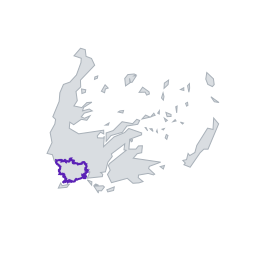 Ipeiroy, Ipeiros, Greece (highlighted), rotated 297°
{"feature_id": "26713481B784345685192", "entity_name": "Ipeiroy", "entity_type": "district", "adm_level": 2, "iso_a3": "GRC", "parent_name": "Greece", "parent_adm1": "Ipeiros", "projection": "robinson", "projection_center": [20.637, 39.661], "detail": "fine", "context": "in_parent", "style": "outline", "palette": "violet", "viewbox_px": 256, "rotation_deg": 297, "n_neighbors": 0, "source": "geoboundaries", "source_scale": "gbopen_adm2", "svg_char_len": 8250}
<svg xmlns="http://www.w3.org/2000/svg" viewBox="0 0 256 256"><g transform="rotate(297 128 128)"><path d="M167.8,47.1L177.5,49.5L178.4,54.3L172.8,58.1L173.4,63.9L168.8,69.8L149.1,63.9L143.1,67.2L136.9,65.1L129.3,70.4L123.1,69.8L125.2,77.6L132.0,79.8L134.6,84.1L126.2,79.1L122.6,79.7L127.3,84.9L127.0,88.4L121.4,82.3L116.7,81.3L116.9,84.8L121.6,88.6L116.2,87.8L114.5,82.4L106.3,78.1L106.8,73.5L101.1,75.8L100.4,86.7L115.0,107.3L111.7,109.1L111.8,105.4L107.0,104.2L105.4,105.3L106.4,107.5L108.0,110.8L109.9,110.6L100.2,114.7L113.7,119.6L122.3,127.0L127.9,128.9L129.8,142.4L128.1,143.2L118.7,134.6L109.6,138.4L112.8,144.6L116.8,145.5L118.7,148.9L112.2,151.4L109.3,147.9L103.5,146.4L112.4,172.6L103.5,164.4L101.3,164.7L99.0,172.7L97.8,172.0L96.7,166.6L90.8,158.7L88.4,159.7L87.1,165.7L84.1,162.7L81.0,157.5L82.8,150.2L71.8,138.1L77.3,130.8L82.3,131.3L85.6,127.6L88.1,127.8L107.3,136.5L106.7,134.3L112.4,132.3L97.4,125.0L95.4,126.9L88.4,125.6L78.7,127.8L75.9,123.8L75.3,126.5L73.0,127.2L64.8,114.5L71.5,114.0L71.7,110.8L65.0,111.3L55.6,103.7L49.7,94.5L54.6,95.3L57.2,92.3L55.8,88.1L62.6,84.8L65.5,77.0L69.9,72.8L68.6,67.4L80.5,66.9L88.6,60.7L98.3,61.0L102.8,59.6L103.9,55.9L120.4,54.6L128.5,51.3L137.5,50.7L142.5,55.4L151.8,58.0L164.9,56.4L168.9,54.7L167.8,47.1ZM126.4,194.5L132.6,193.1L131.5,195.5L136.5,198.7L143.8,197.2L164.0,199.0L165.3,204.4L175.8,199.8L172.8,206.9L145.5,208.9L143.6,205.2L138.7,203.5L121.3,201.2L120.7,194.5L122.8,195.0L124.0,191.6L126.4,194.5ZM113.7,110.8L119.0,116.0L130.9,119.9L134.0,130.2L139.7,131.9L140.0,135.0L135.7,135.0L129.3,126.1L121.6,124.9L113.6,116.3L106.1,114.6L113.7,110.8ZM175.5,103.6L178.9,108.9L179.0,110.8L177.2,109.7L178.3,111.7L170.7,110.9L169.7,109.6L172.9,106.8L169.0,109.2L164.4,106.7L170.7,102.6L175.5,103.6ZM205.8,185.1L203.2,184.4L203.1,179.3L206.9,175.1L213.2,173.0L210.6,181.8L205.8,185.1ZM169.8,130.3L168.0,131.6L165.8,129.7L167.7,127.0L164.8,121.7L171.0,122.5L169.8,130.3ZM60.7,124.1L65.2,132.1L64.7,133.8L60.0,132.9L58.6,129.9L56.6,131.2L60.7,124.1ZM51.2,101.2L47.4,100.5L42.8,93.2L48.3,93.0L46.7,95.5L51.2,101.2ZM156.1,88.0L154.6,92.2L152.5,90.1L148.8,91.1L148.7,87.6L156.1,88.0ZM184.5,140.0L189.1,142.4L184.9,144.0L179.7,142.1L184.5,140.0ZM142.9,73.0L140.4,73.8L137.8,71.3L141.7,68.9L142.9,73.0ZM63.3,137.2L69.3,142.5L65.8,143.5L61.9,139.0L63.3,137.2ZM159.6,160.2L157.8,161.1L155.9,157.7L159.1,154.7L159.6,160.2ZM147.5,137.8L147.7,142.8L142.4,136.4L147.5,137.8ZM193.5,187.7L192.0,197.5L190.6,193.0L193.5,187.7ZM63.7,120.2L60.6,121.5L63.3,115.3L63.7,120.2ZM111.2,177.5L107.5,178.1L108.2,174.2L111.2,177.5ZM187.5,166.0L192.7,161.9L195.4,162.6L191.5,164.8L187.5,166.0ZM168.9,146.8L170.0,144.2L175.2,143.3L172.3,145.8L168.9,146.8ZM153.3,155.9L152.7,159.6L150.8,158.6L153.3,155.9ZM152.9,144.3L151.6,146.4L148.4,143.2L152.9,144.3ZM141.6,116.1L139.0,116.6L137.8,112.0L139.4,112.9L141.6,116.1ZM160.7,77.4L158.5,78.1L156.1,76.1L158.4,75.3L160.7,77.4ZM139.6,165.1L139.5,167.0L135.5,167.7L136.1,165.6L139.6,165.1ZM169.9,161.8L163.6,164.5L168.6,160.9L169.9,161.8ZM136.6,143.9L134.4,146.8L136.2,143.1L136.6,143.9ZM157.7,148.1L154.6,149.5L154.7,147.7L157.7,148.1ZM177.9,169.4L175.4,171.1L174.1,170.3L176.1,168.1L177.9,169.4ZM189.2,159.4L186.8,160.7L186.1,157.3L189.2,159.4ZM138.3,149.7L136.3,151.9L137.3,148.0L138.3,149.7ZM63.5,124.7L63.6,127.8L61.9,124.0L63.5,124.7ZM156.9,166.2L156.1,167.6L154.0,165.2L156.9,166.2ZM123.9,108.8L121.7,109.2L120.3,106.5L123.9,108.8ZM119.7,137.3L118.1,137.8L117.1,137.1L118.4,135.7L119.7,137.3ZM139.3,154.8L137.3,156.3L137.6,155.0L139.3,154.8ZM157.1,172.0L157.6,175.2L156.3,174.8L157.1,172.0ZM144.0,160.6L142.3,160.4L142.4,158.9L144.0,160.6Z" fill="#d9dde1" stroke="#a8b0b8" stroke-width="1"/><path d="M64.9,79.3L64.7,79.4L64.6,79.7L64.7,79.9L64.5,80.1L64.1,80.2L64.0,80.6L63.7,80.9L63.6,81.3L63.9,81.6L63.8,82.1L63.6,82.8L63.3,82.9L63.0,83.2L63.0,83.6L63.3,84.0L63.1,84.2L63.0,84.6L63.0,85.0L63.0,85.3L62.5,85.4L61.9,85.5L61.5,85.8L61.0,86.0L60.5,86.1L59.7,85.6L59.5,86.0L59.3,86.1L59.0,86.0L58.8,85.8L58.5,85.8L58.1,86.1L57.8,86.4L57.8,86.7L57.7,87.0L57.6,87.4L57.5,87.7L57.2,87.7L57.1,87.8L55.8,87.8L56.0,88.2L56.3,88.5L56.5,88.9L56.3,89.4L56.7,89.7L57.0,90.1L57.3,90.2L57.2,90.4L57.4,90.7L57.9,91.4L57.8,91.5L57.8,92.0L57.7,92.3L57.2,92.7L56.5,92.3L55.8,92.0L55.4,92.3L55.7,92.8L55.7,93.0L55.4,93.2L55.5,93.3L55.7,93.7L56.0,93.9L56.0,94.1L55.8,94.2L55.6,94.4L55.3,94.5L55.2,94.7L54.9,94.9L54.9,95.4L54.5,95.2L54.3,95.1L54.2,95.2L54.3,95.3L54.0,95.6L54.2,95.9L54.2,96.0L53.5,96.1L52.7,95.8L52.2,95.8L51.6,95.4L51.5,95.2L51.3,95.2L51.0,95.0L50.5,95.0L50.3,94.8L49.9,95.0L50.1,95.0L50.2,95.3L50.9,95.2L51.0,95.4L51.4,95.5L51.7,95.7L51.6,95.8L51.6,95.7L51.4,95.6L51.7,95.9L51.8,95.7L52.5,96.2L52.9,96.2L53.3,96.5L53.3,97.0L53.0,97.3L52.8,97.4L53.1,97.7L52.9,98.1L52.7,98.4L52.4,98.9L52.7,98.9L52.8,98.8L52.6,98.8L53.0,98.7L53.2,98.9L53.3,98.8L53.5,98.9L53.7,99.1L53.0,99.1L53.3,99.1L54.0,99.2L54.3,99.1L54.9,99.3L54.9,99.6L54.8,100.0L54.2,99.7L53.9,99.8L54.6,100.4L55.1,100.7L55.1,100.9L54.1,100.9L53.9,100.8L54.1,101.2L54.3,101.7L54.3,101.9L54.8,102.0L55.2,102.4L55.1,102.8L55.2,103.0L55.4,103.5L55.6,104.0L56.2,104.5L56.3,104.7L56.5,104.7L57.2,104.8L57.4,104.7L58.2,105.0L58.2,104.8L58.3,104.8L58.6,105.0L58.8,105.1L58.8,104.8L59.1,104.9L59.1,105.0L58.9,105.3L59.0,105.6L59.0,105.8L59.1,106.3L60.1,107.0L61.4,108.6L62.2,109.2L62.4,109.3L62.6,109.4L63.4,110.2L63.7,110.6L63.7,111.0L63.7,111.4L63.6,111.5L63.4,111.6L63.9,112.7L64.2,112.8L64.6,112.7L64.5,112.4L64.5,112.2L64.6,111.9L64.6,112.1L65.2,112.2L65.3,112.4L65.8,112.6L66.0,112.5L66.0,112.3L65.8,112.2L65.6,112.2L65.0,111.6L64.3,111.4L64.2,111.2L64.5,111.1L64.7,110.6L64.9,110.5L65.2,110.1L65.6,110.1L65.8,110.1L65.9,110.3L65.8,110.1L65.6,110.0L65.4,110.0L65.1,110.1L65.2,109.7L65.4,109.6L64.9,109.5L65.2,109.3L65.2,109.2L64.9,109.2L65.0,109.0L65.3,109.2L65.3,108.9L65.2,109.0L65.1,108.9L65.2,109.0L65.3,108.9L65.5,109.1L65.4,108.9L65.2,108.9L65.3,108.8L65.5,108.7L65.6,108.9L65.8,108.9L66.2,109.2L66.2,109.3L66.1,109.6L65.9,109.7L65.6,109.7L65.9,109.8L66.1,109.7L66.2,109.9L66.6,110.0L66.5,110.4L66.6,110.5L66.6,110.8L66.9,110.7L66.7,110.5L66.7,110.2L67.0,110.1L67.1,109.7L67.3,109.8L68.0,110.1L68.3,109.9L68.1,110.1L68.1,110.3L68.2,110.8L68.6,110.6L68.8,110.8L69.0,111.1L69.8,111.4L70.1,111.5L70.4,111.4L70.5,111.4L70.0,111.1L70.3,111.3L70.6,111.3L70.7,111.2L70.2,111.1L70.5,110.8L70.5,110.7L70.4,110.7L70.7,110.6L70.8,111.0L70.9,110.8L70.8,110.4L71.3,110.3L71.2,110.4L71.5,110.4L71.4,110.3L71.2,110.0L71.3,110.0L71.0,109.6L71.5,109.5L71.2,109.1L71.6,108.7L71.9,108.5L72.2,108.6L72.5,108.5L72.8,108.5L73.0,108.3L73.3,108.6L73.5,108.6L73.7,108.4L73.9,108.4L74.7,108.7L75.0,108.5L75.2,108.3L75.7,108.0L75.7,107.7L76.7,107.3L76.6,107.2L76.3,107.0L76.3,106.9L76.2,106.7L76.2,106.4L76.5,106.1L76.5,105.9L76.8,105.8L76.8,105.6L77.0,105.6L77.1,105.4L77.4,105.3L77.7,104.7L77.7,104.4L77.4,104.2L77.5,103.9L77.4,103.7L77.2,103.6L77.1,103.4L77.0,103.2L76.7,102.9L75.8,103.0L75.5,102.9L75.5,103.0L75.3,103.0L75.3,102.9L75.1,102.8L75.1,102.7L74.7,102.5L74.6,102.4L74.8,102.1L74.7,102.0L74.6,101.7L74.3,101.4L74.1,101.2L73.8,101.1L73.3,100.4L73.1,100.2L73.5,100.0L73.5,99.6L73.2,99.7L72.9,99.6L73.1,99.2L73.3,99.0L73.3,98.9L73.1,98.2L73.1,97.7L72.9,97.1L72.9,96.9L72.3,96.7L72.2,96.4L72.3,96.2L72.1,95.9L71.7,95.5L71.7,95.3L71.7,95.1L72.1,95.1L72.2,94.8L72.4,94.8L72.5,94.4L72.9,94.5L73.1,94.5L73.2,94.3L73.3,94.4L73.4,94.6L73.8,94.6L73.8,94.8L74.2,94.8L74.3,94.6L74.1,94.5L74.2,94.2L73.9,94.0L73.7,94.0L73.9,93.4L73.8,93.2L73.7,92.8L73.8,92.7L73.7,92.3L73.8,92.2L74.0,92.3L74.2,92.2L74.4,91.8L74.5,91.5L74.5,91.1L75.0,91.1L74.6,90.5L74.4,90.5L74.2,90.4L73.8,90.2L73.5,90.3L73.2,90.5L72.9,90.5L72.5,91.0L72.2,90.8L71.8,90.8L71.3,90.5L71.2,90.5L71.2,90.4L71.2,90.1L71.0,89.9L70.9,89.4L71.0,89.1L70.8,88.8L70.5,88.6L70.3,88.3L70.2,88.3L70.3,88.2L70.2,88.0L69.8,87.8L69.9,87.7L70.0,87.5L70.4,87.8L70.6,87.6L70.9,87.2L70.9,86.8L71.0,86.3L70.7,86.1L70.3,86.0L70.0,86.2L69.5,86.2L69.1,85.6L69.1,85.4L69.1,85.2L68.8,84.9L68.7,84.7L68.4,84.4L68.7,84.4L68.8,84.2L69.4,83.9L69.4,83.7L69.3,83.1L68.9,83.0L69.1,82.8L69.1,82.6L68.9,82.4L68.7,82.3L68.5,81.6L68.1,81.4L68.1,81.0L67.7,80.5L67.3,80.1L66.9,79.7L66.8,79.1L66.7,78.6L66.4,78.8L66.3,79.0L66.2,79.5L65.7,79.6L65.2,79.5L64.9,79.3Z" fill="none" stroke="#5b21b6" stroke-width="2"/></g></svg>